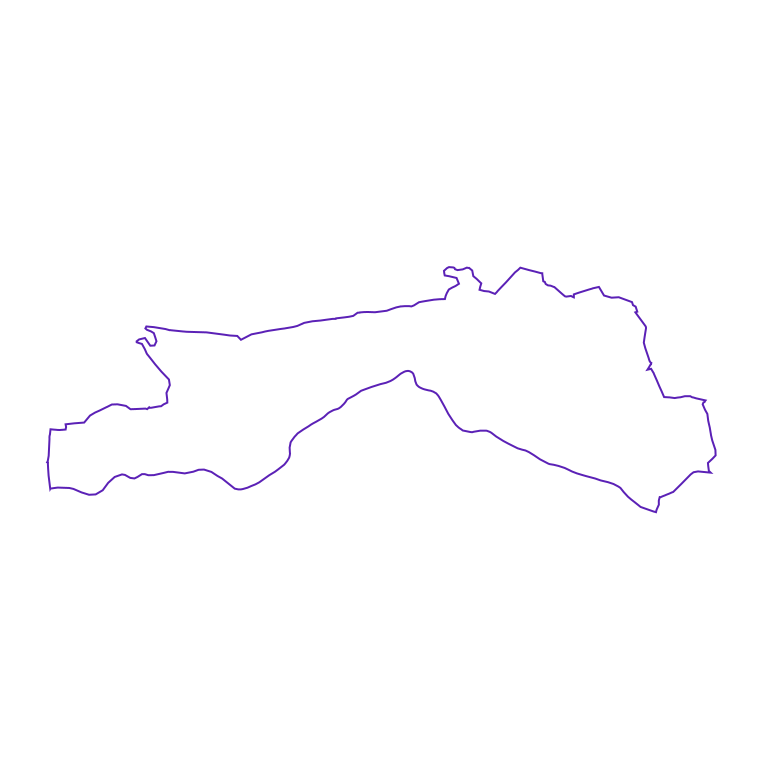 Raņķu pag., Skrundas, Latvia, rotated 92°
{"feature_id": "27541924B83019830898221", "entity_name": "Raņķu pag.", "entity_type": "district", "adm_level": 2, "iso_a3": "LVA", "parent_name": "Latvia", "parent_adm1": "Skrundas", "projection": "albers", "projection_center": [21.983, 56.757], "detail": "fine", "context": "isolated", "style": "outline", "palette": "violet", "viewbox_px": 768, "rotation_deg": 92, "n_neighbors": 0, "source": "geoboundaries", "source_scale": "gbopen_adm2", "svg_char_len": 5847}
<svg xmlns="http://www.w3.org/2000/svg" viewBox="0 0 768 768"><g transform="rotate(92 384 384)"><path d="M341.1,532.3L340.9,539.8L340.3,545.3L338.6,563.1L338.7,582.9L338.5,586.9L337.7,598.9L337.6,599.6L337.7,600.1L336.7,604.3L335.2,616.0L334.8,623.5L336.8,624.4L338.1,622.8L339.6,618.6L341.2,615.8L345.5,614.2L349.2,612.9L353.5,614.7L353.9,618.9L346.4,624.5L348.0,630.3L350.0,632.7L350.9,632.6L351.6,630.4L352.4,627.3L357.6,624.2L361.8,622.2L362.8,621.5L363.3,621.0L368.0,617.0L372.3,613.4L379.4,606.9L387.0,599.1L392.6,598.0L396.0,599.3L400.5,601.1L407.1,600.1L410.2,599.9L412.0,603.5L414.0,606.0L414.2,608.0L415.7,615.0L415.8,615.4L416.0,617.5L415.5,617.9L416.5,618.9L417.4,619.8L416.9,621.5L417.7,631.4L418.0,635.7L418.0,636.5L417.9,636.7L414.9,641.1L413.6,649.6L414.0,655.3L416.6,660.0L416.7,660.3L420.4,667.2L422.6,671.7L425.8,676.7L433.0,682.3L434.1,692.1L435.4,700.8L438.2,700.2L440.3,700.6L440.6,700.6L440.8,701.9L440.9,703.0L441.1,704.4L441.1,704.9L441.3,706.3L441.3,709.0L441.2,709.9L441.1,712.6L441.0,714.0L440.9,715.7L446.2,716.1L446.6,716.2L446.9,716.3L447.4,716.4L448.7,716.5L450.7,716.4L467.5,716.6L468.9,716.8L472.5,717.3L472.9,717.4L474.0,717.9L474.2,717.1L475.8,717.1L480.5,716.7L487.3,716.0L499.2,714.1L500.4,713.9L500.2,713.8L499.6,710.6L498.9,706.5L498.9,694.8L499.7,690.7L502.9,682.5L505.0,674.9L504.4,668.3L500.0,661.4L492.4,656.2L486.3,649.9L483.5,642.7L483.9,639.7L486.7,634.3L487.1,630.1L485.5,627.1L482.5,622.7L482.4,620.0L483.4,616.3L483.1,610.8L480.6,601.3L479.3,596.7L479.2,591.6L480.3,580.0L478.3,571.5L476.2,566.3L475.8,560.9L477.9,553.4L481.7,547.2L484.1,542.5L493.8,529.5L494.4,526.0L494.3,523.2L493.9,521.4L492.4,516.8L490.6,513.1L488.8,509.0L486.6,505.2L479.1,495.4L475.5,489.9L473.2,487.0L469.2,482.2L468.1,480.9L466.7,479.8L464.2,478.0L460.9,476.2L459.6,475.9L458.6,475.7L456.7,475.5L455.5,475.7L450.8,476.1L448.3,475.7L445.6,475.3L444.0,474.4L439.8,471.5L438.1,470.0L436.4,468.6L432.4,463.2L428.9,457.9L427.1,455.5L425.7,453.3L424.2,450.7L420.8,445.2L419.0,442.8L417.3,441.1L415.3,439.1L414.1,437.5L412.2,434.2L411.6,432.9L410.5,429.4L409.8,428.1L408.4,426.3L405.2,423.3L403.5,422.0L401.0,420.5L400.2,419.7L398.4,416.5L396.9,413.9L395.5,411.7L391.6,406.7L390.6,404.3L387.4,396.4L384.2,387.4L384.1,387.0L383.1,383.4L382.7,382.0L380.9,377.9L380.4,377.0L379.3,375.2L377.9,373.3L376.7,371.8L374.4,369.2L373.7,368.4L373.0,367.5L371.1,364.3L370.5,362.9L370.1,360.9L370.1,359.9L370.4,358.5L371.3,356.6L372.0,355.8L372.8,355.1L377.0,353.5L380.2,352.8L383.5,351.4L384.6,350.3L385.6,349.1L386.2,348.0L387.0,346.2L387.6,344.6L388.0,343.1L388.8,339.3L389.1,337.1L390.0,334.3L390.6,333.3L391.0,332.5L391.6,331.4L392.4,330.7L393.3,329.8L394.6,328.8L397.9,326.7L404.4,322.8L411.6,318.7L418.0,314.2L422.5,310.7L424.9,307.9L426.1,306.1L426.6,305.2L427.7,303.7L427.9,302.5L429.0,295.9L429.1,294.2L428.6,292.6L427.3,286.3L427.1,281.9L427.1,279.7L428.2,276.5L429.0,275.0L432.6,270.0L436.8,262.7L439.3,257.6L441.0,253.9L443.6,248.2L444.8,243.7L445.5,240.3L447.0,236.8L449.9,231.7L453.8,225.5L457.9,216.9L458.3,215.6L458.8,211.6L459.8,206.7L461.6,200.5L463.4,196.3L464.9,193.0L466.6,188.1L468.1,182.4L469.0,178.8L471.1,169.6L472.8,164.1L474.3,156.7L475.9,151.2L478.3,146.2L479.6,144.1L483.6,140.7L488.1,136.3L490.8,132.9L496.0,125.8L497.9,123.3L499.3,118.9L502.0,110.2L502.6,107.7L500.2,107.2L495.0,105.1L491.1,105.3L490.0,105.1L487.8,104.6L487.4,104.5L487.5,103.9L487.5,103.6L487.4,103.5L487.0,102.7L486.3,101.2L485.4,99.1L484.9,98.1L483.6,95.1L482.4,92.7L481.8,91.2L481.7,91.1L473.3,83.2L463.7,74.4L461.4,71.6L460.4,67.1L461.2,54.4L459.5,56.3L454.8,57.1L451.6,57.5L447.3,53.2L443.8,50.1L438.3,50.5L428.9,54.0L423.4,55.5L423.0,55.5L419.7,56.2L416.2,56.9L412.5,57.9L409.4,58.7L402.6,59.8L399.5,61.7L398.3,62.4L393.2,64.8L391.3,64.1L390.8,63.0L389.9,62.6L389.2,62.1L387.4,71.7L386.7,74.2L386.5,75.6L385.5,77.5L385.6,80.9L385.7,82.9L386.9,87.2L387.3,90.0L387.9,93.0L387.4,98.2L387.3,103.6L381.4,106.4L376.8,108.7L370.8,111.5L366.7,113.5L364.4,114.6L363.6,114.9L363.4,115.1L359.5,117.6L360.5,121.2L358.3,119.9L354.9,118.1L354.9,117.8L354.0,117.7L353.6,117.6L353.4,118.0L352.9,118.6L351.7,119.4L349.6,120.2L349.4,120.2L339.1,124.1L333.6,125.8L328.0,125.2L323.1,124.6L319.2,124.1L318.0,124.2L317.0,124.7L303.6,135.3L302.9,133.4L297.9,135.2L296.5,137.9L293.5,139.0L289.1,152.4L289.8,159.6L287.9,167.2L279.5,172.6L281.1,178.7L281.4,179.3L282.3,182.1L285.8,192.1L287.8,197.4L290.8,197.3L290.7,197.6L289.5,200.2L290.3,204.9L290.2,205.4L290.1,205.9L290.0,206.3L289.9,206.4L287.7,209.2L284.9,212.6L281.2,217.1L281.2,217.3L279.9,221.0L279.7,223.6L278.4,225.9L276.3,226.9L276.0,228.0L275.8,228.4L268.3,229.7L267.8,229.7L267.7,231.3L266.3,237.3L265.1,243.0L263.0,251.8L265.3,254.0L267.9,257.0L271.0,259.6L278.1,265.6L283.1,270.1L287.3,273.8L288.0,274.3L288.4,274.6L290.1,276.2L287.9,282.4L287.6,287.2L287.1,289.3L286.5,291.8L283.4,291.2L280.0,290.3L278.8,291.7L275.7,295.1L273.1,298.5L267.5,299.8L265.8,302.0L265.0,303.0L265.1,303.8L264.8,305.2L265.3,306.3L266.7,309.3L267.6,314.5L266.8,317.0L265.5,317.7L265.1,318.8L264.9,323.1L265.9,325.0L268.8,328.0L271.4,327.6L273.4,327.1L274.0,322.7L275.5,315.2L281.2,312.6L283.6,316.0L285.3,319.3L287.3,322.5L291.0,324.4L294.0,325.5L297.0,326.1L297.3,331.2L298.0,337.1L299.8,346.2L300.4,349.0L301.0,351.6L301.0,351.8L304.4,356.8L305.5,359.3L305.3,361.6L305.5,366.3L305.9,369.8L305.9,370.3L306.0,370.5L307.0,374.4L309.0,379.7L310.7,383.8L312.6,395.5L312.6,402.8L312.8,406.1L312.8,406.3L313.3,410.6L313.5,410.7L313.7,412.9L317.0,417.1L318.0,421.2L318.8,425.9L320.0,433.8L320.2,434.6L320.3,434.7L320.6,434.7L320.7,437.5L321.8,444.0L322.8,449.7L323.4,454.5L323.8,457.7L325.7,465.9L329.0,472.7L330.2,476.8L330.4,477.8L331.8,484.6L331.9,484.9L332.6,489.2L333.9,496.0L334.9,501.3L335.7,504.7L336.6,507.8L338.0,513.9L339.0,518.2L344.8,528.5L341.1,532.3Z" fill="none" stroke="#5b21b6" stroke-width="2"/></g></svg>